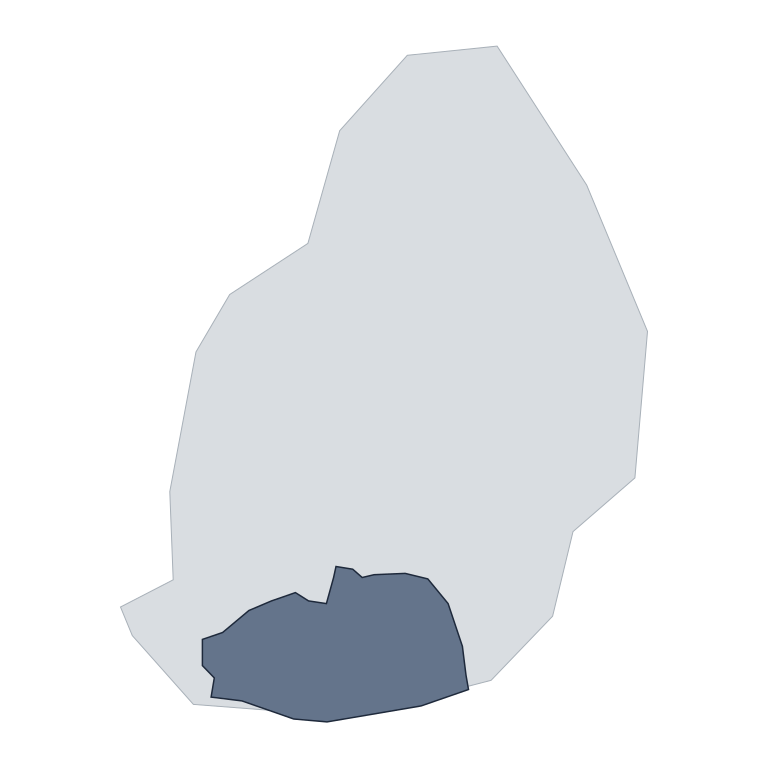 where Savanne sits in Mauritius
{"feature_id": "MUS-5195", "entity_name": "Savanne", "entity_type": "District", "adm_level": 1, "iso_a3": "MUS", "parent_name": "Mauritius", "parent_adm1": "", "projection": "robinson", "projection_center": [57.51, -20.457], "detail": "fine", "context": "in_parent", "style": "filled", "palette": "slate", "viewbox_px": 768, "rotation_deg": 0, "n_neighbors": 0, "source": "natural_earth", "source_scale": "10m", "svg_char_len": 732}
<svg xmlns="http://www.w3.org/2000/svg" viewBox="0 0 768 768"><path d="M491.1,680.3L350.6,716.6L193.4,704.4L132.3,635.6L120.5,607.0L173.2,579.8L169.8,491.6L196.0,351.9L229.7,294.5L307.9,243.4L339.7,130.7L407.3,55.3L497.1,46.1L586.7,185.1L647.5,331.4L634.9,477.9L573.0,531.6L552.6,616.2L491.1,680.3Z" fill="#d9dde1" stroke="#a8b0b8" stroke-width="1"/><path d="M468.5,689.5L421.2,705.9L327.0,721.9L293.7,719.0L241.9,700.9L211.1,697.1L214.3,677.9L202.4,665.6L202.4,639.4L222.6,632.5L248.9,610.5L271.5,600.9L295.4,592.6L308.5,600.9L326.4,603.6L333.6,577.5L336.0,566.5L352.7,569.2L362.2,577.5L374.1,574.7L405.2,573.4L427.8,578.9L448.1,603.6L462.4,646.3L466.0,675.2L468.5,689.5Z" fill="#64748b" stroke="#1e293b" stroke-width="1.5"/></svg>